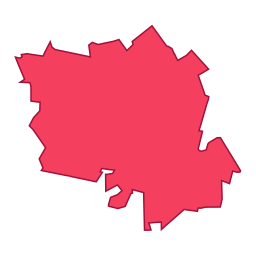 Imuris, Sonora, Mexico (Mercator projection)
{"feature_id": "50627088B72229722954939", "entity_name": "Imuris", "entity_type": "district", "adm_level": 2, "iso_a3": "MEX", "parent_name": "Mexico", "parent_adm1": "Sonora", "projection": "mercator", "projection_center": [-110.696, 30.837], "detail": "fine", "context": "isolated", "style": "filled", "palette": "rose", "viewbox_px": 256, "rotation_deg": 0, "n_neighbors": 0, "source": "geoboundaries", "source_scale": "gbopen_adm2", "svg_char_len": 2252}
<svg xmlns="http://www.w3.org/2000/svg" viewBox="0 0 256 256"><path d="M15.4,57.1L18.3,64.4L24.6,79.3L20.2,82.2L26.3,82.5L26.6,82.5L30.0,82.8L31.0,86.8L31.0,101.1L40.1,102.3L39.8,110.8L33.5,117.8L32.7,119.3L29.3,125.8L33.0,129.5L45.6,147.6L39.2,158.9L43.0,168.0L41.3,170.5L66.8,175.6L69.1,175.9L69.5,176.0L70.2,176.2L71.0,176.5L84.9,179.4L85.0,179.4L87.6,180.0L87.8,180.0L88.9,180.2L91.1,180.7L91.4,180.8L96.2,181.8L102.4,172.3L100.2,171.8L101.7,168.5L108.8,169.5L114.5,170.2L112.7,173.3L107.1,174.4L105.6,174.3L105.8,191.2L117.4,185.0L122.0,190.6L117.6,194.6L110.6,197.4L108.5,204.6L108.6,206.2L117.9,208.5L125.2,206.4L130.9,193.5L132.4,193.2L132.3,189.6L143.7,192.6L143.8,199.7L144.5,230.2L151.0,230.0L148.9,223.0L155.9,222.4L161.3,222.1L161.4,229.5L164.9,226.3L168.0,223.6L184.1,209.5L197.4,211.3L198.1,208.1L201.2,208.1L205.9,207.1L220.3,207.0L221.1,203.5L222.1,199.0L221.7,184.7L221.6,180.6L229.5,183.6L232.7,171.1L236.5,172.1L238.4,172.2L240.0,172.0L239.9,171.4L240.6,170.9L235.2,161.9L230.4,154.0L229.8,153.1L221.2,139.0L220.6,137.9L220.5,137.7L217.2,137.7L209.1,142.5L207.8,144.1L206.3,149.8L201.4,151.3L199.1,150.5L198.2,148.8L202.5,131.3L199.0,130.7L201.0,124.1L207.1,103.1L208.4,99.4L208.8,96.6L205.1,95.2L198.2,75.3L208.6,69.2L203.3,63.3L201.4,61.3L191.5,50.3L186.3,55.5L177.7,60.4L177.4,59.8L177.2,59.5L176.8,58.7L176.7,58.6L176.7,58.4L176.5,58.1L176.4,58.0L176.3,57.8L176.2,57.6L176.1,57.4L176.0,57.1L175.7,56.7L175.6,56.2L175.4,55.7L175.2,55.4L175.1,55.2L174.9,54.9L174.8,54.7L174.7,54.6L174.6,54.4L174.6,54.2L174.6,53.9L174.4,53.7L174.2,53.4L174.0,53.2L173.9,53.2L173.7,53.0L173.6,52.9L173.6,52.7L173.5,52.3L173.4,52.0L173.2,51.6L173.1,51.2L172.9,50.9L172.7,50.3L172.5,49.9L172.4,49.6L172.3,49.3L172.2,49.1L172.0,48.9L171.9,48.7L171.7,48.4L171.3,48.2L171.0,48.0L170.7,47.8L170.4,47.7L170.0,47.5L169.6,47.2L169.1,46.9L168.7,46.6L168.4,46.5L168.3,46.4L168.2,46.4L167.7,46.3L167.4,46.3L167.2,46.3L167.0,46.2L166.9,46.2L166.7,46.1L162.3,40.1L152.0,25.8L132.2,41.5L133.1,44.5L126.9,50.6L118.9,39.5L118.4,39.7L117.6,40.0L113.4,41.3L98.1,44.5L92.2,42.4L88.8,45.1L90.4,56.9L55.3,49.6L51.9,47.1L50.2,41.8L44.4,53.1L43.0,56.1L32.8,54.6L27.0,53.7L21.3,54.6L22.0,56.6L20.0,58.2L15.4,57.1Z" fill="#f43f5e" stroke="#9f1239" stroke-width="1.5"/></svg>